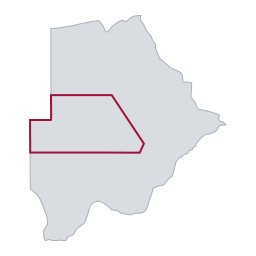 where Ghanzi sits in Botswana
{"feature_id": "BWA-1191", "entity_name": "Ghanzi", "entity_type": "District", "adm_level": 1, "iso_a3": "BWA", "parent_name": "Botswana", "parent_adm1": "", "projection": "natural_earth1", "projection_center": [20.983, -22.159], "detail": "fine", "context": "in_parent", "style": "outline", "palette": "rose", "viewbox_px": 256, "rotation_deg": 0, "n_neighbors": 0, "source": "natural_earth", "source_scale": "10m", "svg_char_len": 3122}
<svg xmlns="http://www.w3.org/2000/svg" viewBox="0 0 256 256"><path d="M141.0,15.5L140.6,16.7L140.3,18.5L140.7,19.9L141.5,21.7L142.7,23.2L143.6,24.2L144.7,26.5L145.8,29.3L147.2,31.6L151.4,36.7L151.9,38.6L152.5,40.4L155.1,43.9L155.5,45.1L155.3,47.5L158.0,54.6L159.8,58.8L161.3,59.6L166.2,64.0L170.4,67.6L175.4,70.0L179.1,71.6L180.9,72.8L181.8,73.9L182.5,76.0L182.8,79.7L182.9,82.1L186.9,82.1L190.1,82.3L191.3,82.8L191.7,83.4L191.6,85.0L191.6,87.4L191.7,89.3L191.3,91.3L191.1,93.7L190.9,96.7L191.4,97.9L194.5,101.6L195.8,104.0L197.1,107.7L197.9,108.9L198.6,109.3L201.4,109.7L208.7,111.3L213.2,112.7L216.8,114.1L218.3,114.5L219.0,114.9L219.2,115.2L218.7,118.4L218.9,119.5L219.3,120.4L219.9,121.1L220.6,121.6L223.3,121.9L224.9,123.9L225.9,124.8L221.0,125.2L218.6,126.9L217.1,129.8L214.9,131.9L211.8,133.2L208.6,134.2L205.3,134.7L201.7,137.2L197.8,141.6L195.8,144.5L195.8,145.6L194.9,146.6L193.3,147.5L192.3,148.5L192.1,149.7L191.2,150.2L189.7,150.2L188.6,151.1L188.0,152.9L186.6,153.9L184.6,154.3L182.8,155.3L181.2,157.0L180.1,157.8L179.3,157.8L178.0,159.2L175.9,162.3L175.5,163.8L172.6,175.6L171.0,177.0L168.0,179.5L165.6,182.4L164.5,184.1L163.4,184.9L157.8,186.3L155.8,187.1L153.3,188.2L152.7,189.2L152.0,192.9L150.2,198.2L148.8,202.0L147.9,205.4L146.3,209.6L144.9,211.0L143.4,212.3L141.3,212.9L138.6,213.3L136.1,213.2L134.1,213.3L131.4,214.7L128.9,214.8L125.0,214.0L121.8,213.2L120.3,213.0L117.5,210.3L115.7,210.3L112.9,210.1L111.3,209.5L109.9,208.1L106.7,205.3L103.6,203.1L100.9,201.8L98.4,201.1L95.9,201.7L94.0,202.3L93.3,202.6L91.8,203.7L90.3,205.9L89.1,209.3L88.6,211.4L87.2,215.8L85.3,221.2L84.4,222.7L83.4,223.8L81.8,224.8L76.6,229.1L73.9,233.8L72.3,235.2L70.3,235.9L68.6,236.3L67.7,237.1L66.6,239.5L65.7,240.3L64.7,240.6L61.8,240.4L60.8,240.1L52.9,240.6L50.5,239.8L48.7,239.5L46.0,240.5L44.9,239.9L44.0,237.9L43.6,233.8L43.7,230.4L45.2,227.9L46.4,226.0L47.6,223.5L47.7,222.4L47.5,221.4L47.3,219.4L47.1,217.3L45.4,212.8L43.3,206.7L40.5,200.0L39.6,198.2L37.8,195.3L31.3,189.7L30.3,189.0L30.3,188.3L30.3,183.0L30.2,175.8L30.2,168.7L30.2,161.6L30.2,154.5L30.1,147.3L30.1,140.2L30.1,133.1L30.1,126.0L30.1,119.9L34.8,119.9L40.7,119.9L47.7,119.9L50.8,119.9L51.0,119.0L51.0,114.6L51.0,104.4L51.0,94.3L50.9,84.2L50.9,74.0L50.9,63.9L50.9,53.8L50.9,43.7L50.9,33.5L50.9,28.5L56.3,28.2L62.6,27.2L72.7,25.6L82.1,23.5L88.3,22.3L95.6,20.9L98.1,20.6L98.8,20.8L99.8,21.3L103.1,26.4L105.2,30.2L105.7,31.9L106.1,32.0L107.1,31.8L108.2,31.2L111.6,27.3L112.4,26.3L114.6,24.5L117.2,22.6L119.6,21.2L122.1,20.1L123.2,20.4L124.5,21.3L125.7,21.9L131.2,17.3L133.7,16.2L140.1,15.4L141.0,15.5Z" fill="#d9dde1" stroke="#a8b0b8" stroke-width="1"/><path d="M30.2,152.5L30.2,149.9L30.2,145.6L30.2,141.3L30.1,137.0L30.1,133.3L30.1,129.6L30.1,125.8L30.1,122.1L30.1,120.0L35.0,120.0L39.9,120.0L44.8,120.0L49.6,120.0L50.8,120.0L51.1,119.0L51.1,118.0L51.1,116.6L51.1,115.2L51.1,113.7L51.1,112.3L51.1,110.9L51.1,109.4L51.1,108.0L51.1,106.6L51.1,105.1L51.1,103.7L51.0,102.3L51.0,100.8L51.0,99.4L51.0,98.0L51.0,96.5L51.0,95.1L51.4,95.1L111.7,95.1L143.9,143.6L139.7,152.7L94.2,152.5L30.6,152.5L30.2,152.5Z" fill="none" stroke="#9f1239" stroke-width="2"/></svg>